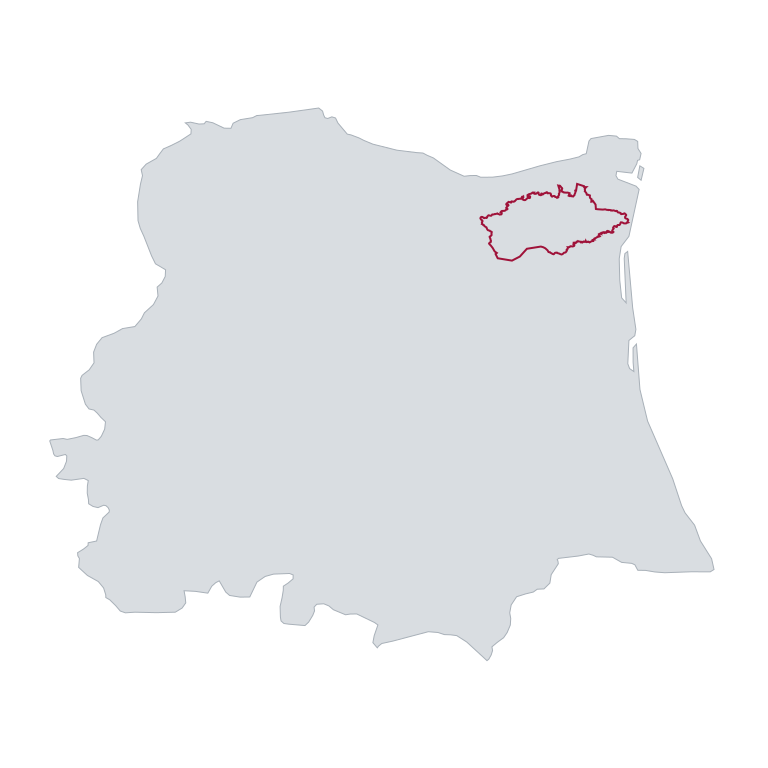 Me, Agnéby, Ivory Coast (highlighted), rotated 271°
{"feature_id": "98640826B88194950838049", "entity_name": "Me", "entity_type": "district", "adm_level": 2, "iso_a3": "CIV", "parent_name": "Ivory Coast", "parent_adm1": "Agnéby", "projection": "natural_earth1", "projection_center": [-3.666, 5.937], "detail": "fine", "context": "in_parent", "style": "outline", "palette": "rose", "viewbox_px": 768, "rotation_deg": 271, "n_neighbors": 0, "source": "geoboundaries", "source_scale": "gbopen_adm2", "svg_char_len": 9612}
<svg xmlns="http://www.w3.org/2000/svg" viewBox="0 0 768 768"><g transform="rotate(271 384 384)"><path d="M165.6,109.6L168.3,109.5L175.2,107.2L181.5,101.8L187.4,90.8L195.3,81.9L204.2,82.5L206.8,80.9L210.0,80.6L213.7,86.4L217.4,90.9L220.1,91.0L222.0,99.4L238.3,103.0L245.2,105.3L251.1,111.4L253.1,111.6L255.6,110.3L257.5,108.1L257.9,105.8L255.4,100.2L256.5,95.2L259.1,90.8L263.3,90.5L269.6,89.2L276.9,89.2L282.3,90.0L284.4,85.6L282.4,73.0L283.0,66.1L283.8,60.3L285.9,57.9L293.9,65.2L301.2,67.9L306.5,68.1L308.0,66.7L305.8,58.7L306.4,56.3L308.3,54.9L311.8,54.1L321.2,50.8L322.2,51.5L323.9,64.1L323.1,68.2L325.0,76.8L327.4,84.7L327.3,87.9L325.2,92.9L322.9,97.4L323.1,99.2L326.8,102.3L334.0,105.5L341.4,106.2L345.6,101.6L349.9,97.8L352.9,94.4L353.9,89.5L358.6,85.8L372.0,81.3L384.4,80.6L387.4,82.0L393.0,89.0L400.1,93.7L410.8,93.1L418.7,96.0L425.4,101.3L430.0,113.2L434.9,121.7L437.1,133.9L444.9,140.3L451.0,143.2L459.4,152.1L468.0,156.5L476.9,155.5L481.1,160.1L487.7,163.4L494.4,163.6L500.2,153.4L508.0,149.4L527.6,141.3L535.3,137.6L543.1,135.2L561.9,134.5L579.5,137.0L588.1,138.9L594.1,137.5L599.7,142.4L605.6,152.5L610.4,155.8L615.2,159.3L618.9,167.3L623.1,175.3L625.4,178.8L630.7,186.6L635.2,186.8L639.6,183.4L641.6,180.8L642.4,186.0L640.7,194.4L641.0,199.6L643.5,201.6L642.2,208.3L637.0,219.7L637.0,226.5L642.1,228.6L645.8,235.7L648.0,248.0L650.2,252.1L650.4,254.6L654.1,284.2L658.8,313.9L655.8,317.8L651.8,319.0L649.2,320.3L648.5,323.1L650.2,327.2L649.1,330.9L644.1,333.4L633.2,342.9L632.5,346.6L629.6,354.7L627.2,359.6L623.6,368.7L618.0,392.8L615.9,412.8L615.6,418.9L613.4,423.2L610.9,429.4L599.1,446.5L593.1,460.5L593.9,466.6L594.1,472.7L592.4,477.1L592.7,488.9L594.1,498.8L596.3,508.5L604.8,535.9L609.3,552.6L612.1,566.0L614.5,575.0L616.8,578.7L617.8,582.2L630.5,584.7L633.0,586.7L636.5,604.2L635.9,612.1L633.4,615.1L633.4,621.8L632.9,630.1L631.0,633.4L623.9,633.8L619.0,637.0L612.7,635.7L612.0,633.6L608.6,632.9L599.2,628.2L600.7,613.0L596.3,612.3L592.9,614.3L586.2,632.6L583.0,635.7L535.9,626.3L525.6,618.7L513.3,617.0L492.0,617.9L474.3,620.1L469.3,624.7L513.8,622.0L518.6,622.6L520.8,625.3L464.5,631.3L443.0,634.9L436.7,633.9L431.8,628.1L408.5,627.4L403.7,629.3L400.8,633.6L410.0,632.7L424.5,632.4L428.4,635.7L383.0,640.0L351.5,648.2L338.2,654.3L294.3,674.3L267.5,683.7L260.5,687.2L248.3,697.0L232.6,703.1L215.0,714.6L204.3,717.2L201.9,713.5L201.6,694.1L200.2,668.0L200.8,658.1L202.2,648.7L202.2,641.0L207.6,638.0L209.0,634.8L209.8,624.7L214.8,615.5L214.9,599.4L216.4,596.1L217.6,591.8L215.4,581.3L212.7,561.5L211.3,560.2L210.1,561.0L207.3,561.4L196.3,554.5L187.8,553.3L181.9,547.5L181.5,540.8L178.6,536.9L176.6,529.2L173.6,520.3L165.3,515.0L157.4,513.7L151.8,514.8L145.2,514.5L137.7,511.5L132.5,508.1L127.6,501.7L123.1,496.5L119.4,497.2L115.0,495.9L110.7,493.6L109.2,491.8L127.5,471.2L133.7,461.1L134.4,454.9L134.5,448.7L136.5,442.3L137.1,432.6L127.1,397.3L124.5,386.3L121.8,383.1L120.1,381.9L125.2,377.4L132.2,378.6L143.0,382.1L145.4,378.6L153.6,360.8L153.4,354.2L152.6,349.6L157.4,337.4L161.2,332.7L163.2,327.6L162.6,320.6L159.7,318.0L155.9,318.5L151.4,316.8L144.6,312.8L141.1,309.2L142.2,293.1L142.8,288.1L145.3,285.2L149.1,284.5L159.8,284.0L168.4,285.8L176.0,286.9L180.1,286.9L183.3,291.6L187.6,296.5L191.5,296.5L192.9,292.9L192.0,276.9L189.5,268.5L183.7,260.4L168.7,253.5L168.4,243.8L169.9,233.3L173.2,229.4L184.3,222.7L182.4,219.2L178.8,215.3L171.8,211.5L173.4,198.9L173.8,187.7L167.8,188.9L161.7,189.6L156.5,186.1L152.2,179.3L151.4,160.6L151.5,139.0L150.7,129.4L152.4,124.3L157.7,119.6L163.5,113.5L165.6,109.6ZM606.6,636.0L604.1,640.1L592.2,637.5L595.0,634.0L606.6,636.0Z" fill="#d9dde1" stroke="#a8b0b8" stroke-width="1"/><path d="M529.2,587.1L530.7,589.6L530.7,589.9L530.5,590.2L530.6,590.8L531.4,591.0L531.8,590.6L531.9,591.0L532.2,591.2L532.2,591.5L532.3,591.4L532.6,591.7L532.8,591.7L533.1,592.2L533.3,592.2L533.4,592.8L534.4,594.2L534.6,595.0L535.2,595.1L535.4,595.6L535.2,596.3L535.4,596.4L535.5,597.0L536.1,596.5L536.5,596.8L537.1,596.2L537.4,596.2L537.4,596.6L537.7,596.6L537.9,596.8L537.9,597.4L538.2,597.7L538.0,598.3L538.4,598.5L538.2,598.7L538.9,598.7L539.3,599.8L538.9,600.1L539.1,600.5L539.6,600.9L539.6,601.2L539.3,601.4L539.4,601.7L538.8,601.9L538.9,602.3L539.1,602.4L539.1,603.5L539.7,603.5L539.8,604.5L540.1,604.1L540.6,604.2L540.6,604.5L540.4,604.8L540.8,605.0L540.7,605.2L540.4,605.3L540.7,605.9L540.4,606.1L540.2,606.0L540.2,606.9L539.5,607.7L539.7,608.0L539.6,608.6L539.3,608.5L539.2,608.9L539.2,609.2L539.5,609.2L539.6,609.5L539.6,610.4L540.0,610.8L540.7,611.1L540.2,610.6L540.2,610.0L540.7,609.6L541.5,609.5L543.4,610.9L544.1,610.3L545.5,611.0L545.9,611.6L545.7,612.1L545.8,612.5L545.1,613.4L545.1,614.0L545.7,614.3L546.4,614.3L547.0,614.8L547.1,615.4L547.1,616.6L547.3,616.9L548.4,617.5L549.1,617.6L549.8,618.1L549.6,619.6L548.8,621.0L548.8,623.2L549.2,623.6L549.8,625.3L550.3,624.7L550.6,624.6L550.9,624.7L552.0,625.3L552.4,625.3L552.8,625.0L553.3,624.4L553.6,623.3L553.9,622.6L554.3,622.2L555.1,622.1L555.6,622.2L556.7,623.1L557.2,623.2L557.7,622.9L558.8,621.6L558.7,621.0L558.3,620.5L558.0,618.3L558.0,618.2L558.5,617.6L559.0,617.6L559.5,616.6L559.6,615.1L560.2,614.5L561.0,614.1L561.2,613.6L560.9,613.1L560.9,612.7L561.6,610.6L561.5,609.6L561.3,609.0L561.6,608.6L561.5,607.7L561.8,607.5L561.9,607.0L562.0,605.4L561.8,605.1L562.0,604.7L562.0,603.8L562.5,602.1L562.2,599.8L562.3,597.6L562.5,594.0L562.7,592.8L567.1,592.4L570.7,589.7L570.0,588.8L569.9,588.1L572.4,588.3L573.0,587.4L573.7,586.8L574.7,586.5L576.1,586.6L576.9,584.4L576.7,584.0L576.8,583.5L578.6,582.9L580.3,581.4L580.7,581.6L581.4,581.6L582.4,581.3L583.7,582.1L584.4,582.8L584.4,582.1L583.9,581.1L584.7,580.3L584.9,580.2L585.1,580.5L585.3,580.5L587.4,573.6L580.9,572.7L581.0,572.4L580.8,571.9L580.2,572.2L579.8,572.0L578.7,572.0L576.6,571.1L576.1,571.1L575.4,570.3L574.8,569.9L575.0,568.3L575.3,568.4L575.9,567.7L575.8,567.0L575.5,566.7L575.3,566.8L575.1,566.2L575.5,565.3L575.8,565.4L576.4,565.9L576.8,565.8L577.6,566.3L578.1,566.2L578.1,565.7L578.6,564.4L578.5,563.6L578.6,560.6L578.9,560.3L578.9,559.8L579.4,559.2L579.6,558.4L580.5,558.0L581.0,558.4L581.6,558.4L582.4,558.8L583.0,558.6L583.4,558.1L585.2,556.6L585.4,556.2L585.2,555.6L585.4,554.8L581.4,556.1L580.6,556.0L578.7,556.3L577.1,555.5L576.5,555.8L576.0,555.7L574.8,555.0L574.5,554.6L574.2,554.6L573.7,554.9L573.3,554.3L573.2,553.7L573.6,553.5L573.9,552.6L574.0,551.9L574.9,551.3L574.9,550.3L574.7,549.3L574.3,548.9L574.4,548.5L575.5,547.6L576.2,547.7L577.3,547.3L577.5,546.9L577.7,545.4L577.5,544.3L577.6,544.1L578.4,543.8L578.6,543.5L578.5,543.0L577.8,542.2L577.7,541.4L577.4,540.7L576.4,539.7L576.4,539.4L577.1,538.7L577.2,538.1L577.1,537.9L576.6,537.9L575.9,538.3L575.5,537.5L575.6,536.8L575.9,535.8L576.5,535.4L578.0,535.2L578.2,534.9L578.2,534.5L578.1,534.2L577.0,533.0L576.7,531.6L577.1,530.6L578.0,530.9L578.0,530.0L578.1,529.6L577.9,529.0L577.0,528.1L576.3,525.6L575.4,524.2L574.6,524.2L573.6,524.4L573.4,524.6L573.5,525.1L574.3,525.9L574.3,526.4L574.2,526.7L573.7,526.9L572.8,526.7L572.6,526.6L572.4,526.1L572.6,525.3L572.4,524.3L570.4,522.1L570.3,521.3L570.4,520.6L571.0,519.3L571.8,519.2L573.1,520.1L573.7,520.0L573.6,519.9L573.8,519.8L573.8,519.5L573.6,518.8L572.5,518.3L571.6,517.5L571.5,515.7L571.3,515.3L571.4,514.7L571.2,513.8L570.8,513.1L569.1,511.6L569.1,511.3L568.5,510.6L568.8,508.4L568.6,508.1L568.2,508.4L567.6,507.8L568.1,506.5L568.0,505.6L568.2,505.3L566.4,503.3L565.8,503.1L565.1,503.5L565.0,503.9L565.4,504.3L565.5,504.7L565.4,505.1L564.8,505.3L564.0,504.6L563.2,503.7L562.2,503.1L561.6,503.5L561.4,504.3L561.1,504.4L560.7,504.0L560.5,503.1L559.7,502.4L559.4,501.8L559.2,501.1L559.1,499.0L558.8,498.4L557.8,497.6L557.3,498.5L557.0,498.8L556.0,498.6L555.7,498.4L555.4,496.6L555.9,495.8L556.0,495.0L556.5,494.4L556.4,494.2L555.8,492.2L555.9,491.8L555.4,490.7L555.4,489.3L554.2,488.4L554.1,487.5L554.5,485.7L554.4,485.4L553.1,484.2L552.3,484.2L551.8,483.6L552.0,482.1L551.7,481.8L551.6,481.4L551.8,480.7L552.7,479.7L552.8,478.7L552.4,477.9L552.1,477.7L551.3,477.5L550.7,477.8L549.7,478.6L549.3,479.4L548.9,479.6L548.2,479.6L547.5,479.0L546.4,479.4L545.7,479.1L545.5,479.7L544.8,480.3L544.7,481.0L543.6,481.7L542.3,483.8L541.7,483.9L540.3,484.6L539.6,485.3L539.1,487.1L538.6,487.5L538.2,488.6L537.8,489.1L536.0,488.8L534.9,489.0L533.7,488.0L533.3,487.2L533.0,487.0L531.9,487.4L531.3,487.8L530.1,488.0L529.3,488.4L529.0,488.3L528.1,488.4L527.6,488.1L527.3,487.3L526.4,486.6L525.6,487.0L524.4,488.3L521.9,490.3L518.7,492.2L517.9,493.1L517.0,494.5L515.9,493.3L511.7,495.5L509.6,509.8L513.8,517.6L521.7,524.5L524.1,538.1L524.1,538.7L523.5,540.9L522.5,542.9L520.5,545.2L518.8,546.2L518.6,547.7L518.2,547.9L517.5,549.5L517.0,550.1L516.7,551.4L516.8,551.6L517.9,552.4L518.1,552.7L518.3,553.5L518.2,554.0L518.4,554.4L518.3,554.9L517.9,555.2L517.4,557.2L517.0,557.8L516.6,559.3L517.0,560.3L518.4,561.7L518.7,563.2L519.6,564.0L520.6,564.5L520.9,564.2L521.3,564.2L522.0,564.7L522.2,565.2L522.7,565.3L523.6,565.8L523.7,565.6L524.0,565.4L524.1,567.1L524.9,567.8L525.0,568.2L524.8,570.2L524.9,570.7L525.4,571.7L525.7,571.9L526.5,571.8L526.6,571.6L526.8,571.0L527.0,570.9L527.5,571.2L528.0,571.1L528.3,571.5L528.6,571.4L528.7,572.3L528.2,572.5L528.2,573.1L529.1,574.2L529.7,574.2L529.8,574.5L529.9,575.0L530.3,575.4L529.9,576.0L529.8,577.6L529.5,578.1L529.1,578.3L529.2,578.7L529.5,578.8L529.6,579.1L528.9,579.7L529.0,579.9L529.4,579.9L529.4,580.3L529.7,580.7L529.6,580.9L529.6,581.4L529.9,581.4L529.9,581.9L530.2,582.8L530.0,583.2L530.4,583.3L530.0,583.5L529.8,583.2L529.6,583.2L529.6,583.8L529.4,584.1L529.6,585.1L529.9,585.4L529.9,586.0L529.5,586.3L529.5,586.8L529.2,587.1Z" fill="none" stroke="#9f1239" stroke-width="2"/></g></svg>